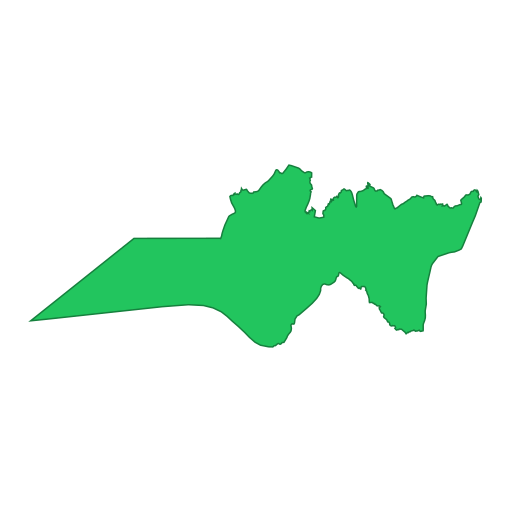 outline of Nyando, Nyanza, Kenya
{"feature_id": "3690345B75499732008954", "entity_name": "Nyando", "entity_type": "district", "adm_level": 2, "iso_a3": "KEN", "parent_name": "Kenya", "parent_adm1": "Nyanza", "projection": "equal_earth", "projection_center": [34.954, -0.207], "detail": "fine", "context": "isolated", "style": "filled", "palette": "green", "viewbox_px": 512, "rotation_deg": 0, "n_neighbors": 0, "source": "geoboundaries", "source_scale": "gbopen_adm2", "svg_char_len": 6130}
<svg xmlns="http://www.w3.org/2000/svg" viewBox="0 0 512 512"><path d="M162.1,306.7L188.5,304.7L203.5,305.5L213.1,307.9L221.3,311.8L227.1,316.3L232.1,321.0L238.3,326.4L244.7,332.4L249.4,337.3L255.0,342.2L260.5,345.2L268.5,346.8L272.6,346.9L273.3,346.6L273.7,346.0L274.3,345.7L275.5,345.6L277.3,344.0L277.9,343.6L278.6,343.5L279.8,344.2L280.6,344.1L281.4,343.5L282.2,342.5L283.9,342.4L286.5,338.2L287.0,337.2L287.3,336.2L288.5,334.3L290.2,332.3L290.8,331.4L291.1,330.5L291.4,328.5L291.2,326.7L290.8,325.8L291.0,325.0L291.7,324.5L292.0,323.8L292.8,323.8L293.4,324.1L294.1,323.9L294.5,322.9L295.0,319.1L297.0,315.9L299.2,314.7L307.2,307.8L312.3,303.2L316.7,298.4L319.3,294.4L320.6,290.7L320.7,288.0L321.5,286.0L322.8,284.4L324.7,283.9L326.8,284.7L328.9,284.9L330.6,284.4L334.0,282.2L335.1,281.1L335.8,279.5L335.9,278.5L336.3,277.8L336.6,276.8L338.1,276.1L338.5,275.2L338.9,273.0L339.4,272.5L340.1,272.6L343.1,275.2L347.4,278.1L348.2,278.4L350.0,280.0L351.7,281.3L353.1,283.3L353.8,283.8L353.8,284.7L354.5,285.4L355.4,285.2L356.1,285.4L356.6,286.2L358.4,288.3L359.2,287.9L359.9,288.6L360.7,289.0L361.0,288.2L361.1,287.1L361.9,286.4L363.1,286.6L363.8,286.4L364.6,286.6L365.4,287.4L366.1,289.4L365.7,290.1L366.7,291.3L367.3,293.6L368.3,295.5L369.1,298.5L369.2,299.5L369.3,301.8L369.5,302.6L372.2,302.4L372.8,303.0L374.1,303.5L374.4,304.1L375.1,304.1L375.8,304.6L376.8,305.7L378.3,306.0L379.2,305.8L379.8,306.1L380.4,306.7L379.2,307.7L379.5,309.3L380.0,309.9L381.5,312.9L382.4,312.9L383.0,313.2L383.5,313.7L384.0,314.4L384.0,315.5L383.6,316.5L384.0,317.5L386.7,319.7L387.7,321.9L388.5,322.0L389.2,322.5L389.6,323.3L389.7,324.5L390.0,325.1L390.5,325.6L391.9,326.0L392.7,325.5L393.3,325.8L394.6,325.7L395.2,326.5L395.6,327.7L394.9,328.4L396.0,329.7L396.8,330.1L397.3,329.6L398.8,329.7L399.3,329.0L401.6,329.3L405.0,332.2L406.1,333.8L407.9,332.3L408.4,332.6L409.4,331.7L410.3,331.7L410.9,331.1L411.6,330.8L413.1,330.6L413.9,330.0L414.6,330.4L415.3,331.2L417.6,330.9L419.2,330.2L419.8,331.0L420.6,331.4L423.1,330.8L423.2,329.5L423.2,325.1L423.4,323.8L424.6,320.6L425.3,317.9L425.4,315.1L425.2,312.4L425.2,310.7L426.3,304.1L426.1,298.1L427.0,285.0L427.6,281.8L430.0,271.5L431.0,267.0L431.7,265.0L432.5,263.6L438.0,256.5L448.9,252.8L451.3,252.3L454.5,251.9L455.8,251.4L459.1,250.1L461.3,248.9L462.7,246.1L472.3,222.8L475.3,215.8L479.7,203.1L480.1,202.4L481.0,202.1L481.2,201.1L481.3,198.2L480.9,197.6L480.7,198.6L480.3,199.6L479.4,199.3L478.7,198.7L477.9,196.2L478.4,195.4L478.8,194.6L477.9,191.2L477.3,190.5L477.2,192.0L476.6,191.8L475.7,190.2L474.6,189.9L473.7,190.4L473.2,191.3L471.7,191.4L471.1,191.8L470.7,192.4L470.4,193.2L469.8,194.2L468.2,195.0L466.1,194.9L465.5,195.4L464.3,197.0L461.5,199.4L460.8,200.2L461.6,203.5L461.4,204.4L459.8,204.7L457.2,205.8L455.7,205.9L454.9,206.2L454.3,206.6L453.0,208.1L452.3,208.1L451.5,207.8L450.2,208.0L449.4,207.6L448.8,206.8L448.1,206.4L447.6,205.1L447.0,204.3L444.5,206.1L443.9,205.8L442.3,205.9L442.8,205.0L442.6,204.0L441.0,204.3L440.3,204.1L439.5,204.5L438.9,204.2L438.2,204.3L437.4,205.0L436.5,204.6L436.2,203.4L435.5,202.2L435.1,200.9L434.6,200.1L433.6,199.3L433.0,198.5L432.6,196.7L431.6,196.7L430.2,195.9L428.5,195.7L424.2,196.1L423.8,196.7L423.6,197.9L420.8,197.0L416.9,195.3L416.4,196.1L415.5,196.8L414.6,197.0L413.4,196.7L411.9,197.0L410.0,199.1L407.8,200.3L406.9,201.1L404.5,202.6L403.4,203.6L401.5,204.3L396.9,208.0L396.2,208.1L395.0,208.9L394.4,208.4L393.5,206.1L392.8,204.8L392.5,203.4L391.8,201.3L391.2,199.1L390.6,198.4L384.2,193.7L383.4,192.0L382.9,191.4L381.8,190.4L380.2,189.6L378.9,190.1L377.7,190.2L377.2,190.9L375.6,191.1L374.8,190.4L374.3,189.0L373.8,188.2L373.1,187.7L370.1,186.3L369.7,185.5L370.0,184.5L368.3,182.9L367.8,182.7L367.7,183.7L368.5,185.9L367.9,186.2L367.0,185.9L366.3,186.3L366.7,187.1L368.0,187.4L368.2,188.1L367.5,188.3L366.9,187.9L366.2,188.1L366.0,188.8L364.6,189.4L363.9,190.1L363.1,190.6L360.9,191.4L359.1,191.5L358.3,191.9L356.9,194.1L356.7,195.5L356.7,197.4L356.6,204.8L356.7,206.2L356.2,207.0L355.7,206.6L355.4,205.8L353.7,200.2L352.3,194.5L351.5,192.2L350.9,191.3L350.2,190.4L349.3,190.0L348.5,190.5L347.8,190.4L346.3,190.7L344.6,189.2L344.0,188.9L342.7,189.9L341.4,190.5L341.3,191.7L340.3,193.0L339.5,192.9L338.6,194.4L338.5,196.6L338.3,197.5L337.7,197.7L336.9,196.3L336.4,196.9L335.6,197.3L334.6,197.2L333.8,197.8L333.2,198.7L333.4,200.2L332.6,200.3L331.8,199.5L330.9,199.1L330.7,200.0L331.7,201.0L331.3,201.8L330.1,201.5L329.6,203.4L329.2,204.2L328.4,203.8L327.6,206.4L326.4,206.9L325.7,207.5L325.8,209.0L324.7,210.5L323.8,210.6L323.2,211.0L323.1,211.9L322.9,213.6L323.8,215.1L323.8,217.2L319.1,218.1L314.3,216.8L315.4,210.6L312.1,207.7L312.2,210.3L311.5,209.8L310.0,210.6L309.8,211.4L309.2,211.0L309.0,212.2L308.1,212.5L308.4,213.3L307.6,212.8L307.0,213.7L306.2,213.0L306.2,212.0L305.3,212.0L305.0,210.8L306.3,207.2L307.7,204.3L309.0,201.1L309.8,198.5L310.5,194.5L310.5,193.5L311.1,191.8L310.6,191.4L310.1,190.8L310.5,189.7L311.9,189.4L312.4,188.7L311.7,186.3L311.6,185.1L310.2,183.4L309.8,182.0L309.9,181.1L310.3,180.5L309.6,178.1L310.3,178.0L310.9,177.2L311.6,177.1L311.7,172.9L311.2,172.5L310.1,172.0L308.5,171.7L306.8,172.0L305.4,172.8L304.5,172.8L301.6,170.8L299.8,168.9L298.6,168.1L291.3,165.6L288.9,165.1L286.1,169.2L282.8,173.3L281.9,173.6L280.6,172.9L279.8,172.9L279.3,172.4L279.0,171.6L277.6,170.0L276.4,169.8L275.8,170.3L274.2,173.9L273.2,175.4L272.4,176.4L268.2,181.0L266.8,182.0L265.4,182.8L263.2,184.7L261.4,186.8L259.2,189.9L258.5,190.7L257.7,191.3L256.4,191.7L253.7,192.0L253.2,193.0L252.0,193.4L251.4,193.2L250.7,193.3L249.2,192.9L247.3,190.7L246.8,189.7L246.3,189.3L243.2,190.2L242.4,189.9L241.5,188.5L241.4,189.4L240.9,190.7L240.9,191.8L239.6,192.8L239.2,193.8L238.5,194.5L237.8,194.4L237.1,193.9L236.6,194.3L235.4,194.1L234.8,194.1L234.9,193.2L234.3,193.5L234.2,194.5L233.5,194.4L232.9,195.5L231.2,195.4L230.5,195.8L229.9,196.5L230.5,199.3L231.6,202.8L234.4,207.9L235.1,209.6L235.4,210.8L235.4,212.2L234.7,213.1L232.0,214.3L229.4,215.9L228.8,216.5L224.9,225.0L222.9,230.8L222.1,233.5L221.6,236.0L220.6,238.6L219.8,238.3L134.0,238.4L30.7,320.8L49.3,318.9L162.1,306.7Z" fill="#22c55e" stroke="#15803d" stroke-width="1.5"/></svg>